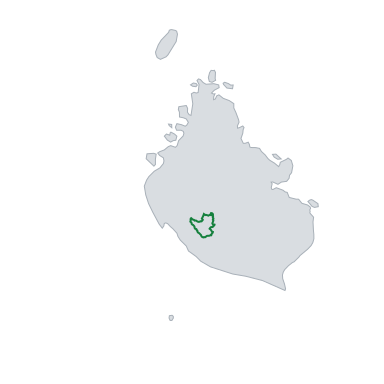 location of Andong-si, North Gyeongsang, South Korea, rotated 138°
{"feature_id": "91817680B16014600177045", "entity_name": "Andong-si", "entity_type": "district", "adm_level": 2, "iso_a3": "KOR", "parent_name": "South Korea", "parent_adm1": "North Gyeongsang", "projection": "robinson", "projection_center": [128.764, 36.55], "detail": "fine", "context": "in_parent", "style": "outline", "palette": "green", "viewbox_px": 384, "rotation_deg": 138, "n_neighbors": 0, "source": "geoboundaries", "source_scale": "gbopen_adm2", "svg_char_len": 5187}
<svg xmlns="http://www.w3.org/2000/svg" viewBox="0 0 384 384"><g transform="rotate(138 192 192)"><path d="M117.1,98.6L118.4,97.7L118.5,96.3L118.5,91.9L122.1,88.8L127.3,82.4L129.8,79.0L132.7,75.7L136.0,73.6L139.3,72.5L144.4,72.1L154.2,72.5L156.1,72.1L162.9,71.8L164.5,72.4L169.5,72.7L175.0,72.3L177.8,71.4L180.3,69.8L182.6,66.9L184.9,61.6L187.3,57.4L188.8,56.6L198.8,78.9L208.4,93.4L216.6,103.8L228.3,123.9L231.8,134.7L232.1,141.3L234.1,150.5L232.4,155.7L232.9,164.0L232.2,168.3L230.8,171.4L230.8,177.4L231.2,180.6L231.3,184.9L232.2,186.6L233.6,187.2L235.7,185.6L238.3,185.0L237.9,190.1L234.7,203.1L232.0,212.5L228.3,220.8L223.5,228.3L217.8,231.2L213.8,232.3L206.1,232.7L199.7,231.4L194.2,232.3L192.0,233.9L190.4,236.6L191.6,240.8L191.4,243.9L189.1,243.6L184.4,241.8L179.3,241.6L176.8,240.7L174.4,236.3L172.0,236.4L167.6,239.1L161.0,239.6L158.7,241.1L157.9,242.9L158.8,245.2L162.1,248.2L161.0,251.3L157.5,252.9L154.8,249.1L153.0,245.4L151.1,245.2L148.1,246.2L147.4,250.2L148.8,253.0L151.1,256.1L147.9,259.8L147.0,262.4L144.7,264.2L138.4,260.1L139.3,257.1L142.0,254.3L142.4,251.4L141.5,249.6L132.4,257.0L126.8,265.4L123.8,264.8L122.6,262.7L120.9,261.8L114.8,267.2L113.7,271.5L111.5,271.7L110.5,269.9L110.5,266.0L109.5,262.7L103.3,257.9L100.5,253.7L102.0,251.4L107.2,252.7L111.3,252.5L110.5,250.5L109.2,249.6L111.9,248.4L114.2,246.2L112.4,245.5L109.4,246.9L107.0,246.2L106.1,240.7L103.2,235.1L101.8,229.7L104.7,226.5L106.2,221.7L109.0,214.6L110.3,212.4L114.1,210.7L115.4,208.9L113.4,208.0L110.1,207.1L110.2,205.1L112.4,204.0L114.9,201.7L119.8,199.0L121.3,193.9L119.9,192.6L116.9,191.4L117.6,188.8L118.9,186.8L118.4,185.6L114.9,182.3L112.6,179.2L113.3,175.7L112.8,170.5L113.2,166.1L113.0,163.7L111.4,158.3L110.6,152.9L108.3,153.7L106.5,155.0L100.0,153.1L97.9,153.0L97.1,149.0L99.5,144.0L105.1,139.7L108.3,139.2L110.7,137.2L114.5,136.6L119.0,139.6L123.0,140.2L125.2,145.3L126.6,146.4L126.9,144.5L130.1,142.3L130.9,140.6L130.2,139.7L126.5,138.8L123.2,132.5L122.7,129.7L121.5,128.0L123.4,122.9L119.5,117.1L117.6,115.3L117.9,110.1L115.9,106.8L114.8,105.0L114.2,101.9L114.8,100.5L116.5,99.9L117.1,98.6ZM102.5,326.3L100.6,327.4L98.9,326.7L98.4,326.2L96.3,323.3L95.8,321.8L97.2,319.0L103.1,314.4L118.1,310.0L120.8,309.8L126.7,311.7L127.9,315.2L126.8,318.3L125.5,320.4L118.6,323.9L113.2,325.5L102.5,326.3ZM203.8,247.4L199.9,250.5L194.6,246.4L193.3,244.1L197.3,240.8L200.8,236.9L203.0,236.7L203.8,247.4ZM175.6,247.1L175.2,252.0L172.2,252.2L170.5,249.1L168.6,250.6L167.6,250.6L166.2,246.7L165.9,243.6L169.4,241.3L171.5,242.7L174.5,243.4L175.6,247.1ZM99.1,268.9L96.4,269.6L94.9,267.9L93.9,267.5L94.5,265.2L98.9,260.8L99.7,259.2L103.7,260.1L105.2,262.5L103.3,266.1L99.1,268.9ZM112.4,100.9L112.2,107.4L109.9,107.2L108.4,106.5L107.7,105.2L106.2,99.1L108.0,96.6L111.3,98.6L112.4,100.9ZM96.6,250.8L96.1,252.0L94.3,251.7L92.4,248.2L91.7,245.5L89.8,244.0L92.8,241.6L96.5,245.9L96.6,250.8ZM107.6,162.9L107.0,166.1L104.3,164.0L103.6,156.9L106.4,159.0L107.6,162.9ZM293.4,113.7L291.6,115.2L289.3,113.7L289.1,112.2L290.2,110.8L292.9,110.0L294.2,111.2L293.4,113.7ZM120.8,270.2L121.4,272.6L118.1,272.1L116.3,269.8L116.5,267.9L118.6,267.6L120.8,270.2ZM164.5,256.6L164.0,258.2L161.9,255.8L164.0,253.3L164.5,256.6Z" fill="#d9dde1" stroke="#a8b0b8" stroke-width="1"/><path d="M197.5,152.4L197.1,152.7L197.3,153.0L197.5,153.0L198.3,153.4L198.1,154.2L198.0,154.7L197.8,155.2L196.8,155.6L196.3,155.9L195.8,156.2L195.3,156.4L195.0,156.9L195.1,157.4L194.7,157.8L194.1,157.8L193.7,158.1L193.6,158.8L193.5,159.3L193.0,159.6L192.6,159.8L192.3,160.3L192.1,160.7L191.6,161.1L191.4,161.4L191.2,161.9L191.3,162.8L191.9,163.6L192.5,163.4L193.0,162.5L193.3,162.0L193.6,162.4L193.8,163.0L194.5,163.2L195.2,163.4L195.7,163.5L196.1,164.4L196.5,165.0L196.7,165.4L197.0,165.7L197.6,166.0L197.6,166.5L197.8,167.2L197.9,167.7L198.6,167.3L199.0,167.0L199.6,166.8L200.1,166.5L201.3,166.1L202.0,165.8L202.5,165.6L202.5,164.9L202.6,164.1L204.5,163.8L205.0,164.1L205.3,164.6L206.2,164.8L206.7,165.2L206.8,165.2L207.2,165.5L207.4,165.8L207.8,166.7L207.9,167.1L208.0,167.7L208.2,168.2L208.8,168.7L209.2,169.0L209.1,169.5L209.2,170.0L209.5,170.4L209.8,171.0L210.0,171.7L210.0,172.2L210.0,172.5L210.1,173.1L210.7,173.1L211.2,172.8L211.6,172.3L211.9,171.8L212.4,171.5L212.9,171.3L213.1,170.9L212.9,170.1L212.9,169.6L213.2,169.1L213.6,168.5L213.6,167.7L213.5,167.2L213.2,166.8L213.2,166.0L213.2,165.3L213.3,164.7L213.6,164.2L213.9,163.9L214.1,163.5L214.2,163.0L214.2,162.4L213.8,162.0L213.6,161.6L213.6,161.2L213.8,160.8L214.1,160.4L214.1,160.1L213.9,159.7L214.1,159.3L214.3,159.2L214.7,158.1L214.6,157.8L214.4,157.1L214.2,156.5L214.2,155.8L214.1,154.2L214.2,153.7L214.4,153.4L214.6,152.5L214.6,152.1L214.4,151.5L214.0,150.7L213.7,150.7L213.2,150.5L213.0,150.0L212.3,149.5L211.6,149.5L210.9,149.5L210.3,149.4L209.8,149.1L209.3,148.6L208.6,148.1L208.0,147.7L207.4,147.6L206.9,147.6L206.6,147.0L206.3,147.1L205.7,147.5L205.0,147.9L204.7,147.9L203.8,147.9L203.3,148.3L203.6,148.6L203.6,149.1L203.6,149.6L203.5,150.1L203.4,150.6L203.3,151.2L203.3,151.6L203.5,152.9L202.7,153.1L202.4,153.2L201.8,153.2L201.2,153.1L200.9,152.8L200.5,152.5L200.2,152.3L199.7,152.2L199.0,152.2L198.3,152.4L197.5,152.4Z" fill="none" stroke="#15803d" stroke-width="2"/></g></svg>